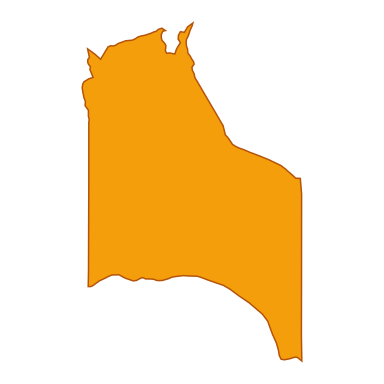 Santana do Cariri, Ceará, Brazil
{"feature_id": "56859067B7744611299719", "entity_name": "Santana do Cariri", "entity_type": "district", "adm_level": 2, "iso_a3": "BRA", "parent_name": "Brazil", "parent_adm1": "Ceará", "projection": "robinson", "projection_center": [-39.766, -7.226], "detail": "fine", "context": "isolated", "style": "filled", "palette": "amber", "viewbox_px": 384, "rotation_deg": 0, "n_neighbors": 0, "source": "geoboundaries", "source_scale": "gbopen_adm2", "svg_char_len": 2017}
<svg xmlns="http://www.w3.org/2000/svg" viewBox="0 0 384 384"><path d="M88.2,286.6L90.8,286.6L92.9,285.6L99.3,280.9L105.3,278.1L107.3,277.0L111.8,275.0L116.5,274.9L118.9,274.7L125.0,278.1L133.3,280.9L136.6,280.4L140.8,278.1L143.0,277.7L145.5,278.9L150.6,279.0L153.7,279.2L156.5,280.4L158.6,280.6L162.3,280.5L168.7,278.6L171.8,277.2L175.9,276.5L183.5,275.6L188.9,276.0L197.3,276.2L201.4,277.5L207.6,279.9L216.5,283.0L223.3,285.3L229.7,289.0L239.0,295.9L249.0,302.7L262.4,314.1L267.8,321.3L269.1,325.1L272.4,334.1L273.4,336.3L276.4,343.0L278.4,350.1L279.3,355.6L281.1,359.2L284.3,359.8L290.0,358.7L295.0,357.1L297.4,357.4L301.8,361.0L301.4,335.5L301.5,289.7L301.6,194.0L300.3,178.4L295.7,178.2L292.6,175.3L287.5,170.9L285.6,169.1L283.4,167.5L281.2,165.7L279.0,164.6L271.6,161.1L268.8,159.7L265.0,158.2L262.8,157.3L260.0,156.1L256.7,154.9L253.7,153.7L250.3,152.5L246.8,151.0L244.1,149.8L241.8,149.0L239.0,148.0L235.8,146.5L232.4,144.3L230.6,141.5L228.9,139.1L227.4,137.0L225.4,135.0L223.1,125.7L220.0,120.5L216.8,114.9L202.6,90.7L198.7,84.0L196.8,80.7L195.0,77.9L194.1,73.8L192.3,70.1L192.0,67.2L194.1,64.1L193.5,61.6L191.9,59.3L189.9,55.6L187.9,53.2L187.5,48.9L186.5,46.3L186.2,43.1L186.4,39.4L188.0,36.5L188.9,34.0L190.1,30.2L191.9,26.4L192.9,23.0L187.7,26.8L184.4,32.3L180.4,31.7L178.4,35.4L178.2,39.2L180.4,42.7L177.6,47.1L176.4,49.4L174.8,54.0L169.3,52.9L166.7,53.3L165.4,50.9L165.9,45.5L164.5,43.1L161.9,40.2L161.2,36.9L161.4,34.4L162.8,31.2L165.4,30.6L161.9,28.2L158.5,29.3L156.0,31.4L153.9,31.9L150.9,33.3L147.8,34.3L144.4,35.4L141.5,35.9L138.1,36.9L135.5,38.7L132.2,40.2L128.5,40.5L125.6,40.8L121.3,42.4L117.9,43.6L116.1,45.0L113.5,46.0L110.5,45.8L108.0,46.9L100.6,59.3L94.8,54.1L87.6,48.9L88.6,53.8L89.4,57.4L87.8,59.6L87.7,62.2L88.6,64.6L90.4,66.5L89.9,69.5L93.1,77.4L88.8,78.8L84.0,81.8L82.7,84.2L82.2,87.8L82.9,92.4L84.0,97.8L85.4,101.4L85.1,105.7L86.7,107.9L88.4,110.3L88.4,116.2L89.2,119.7L88.8,122.2L88.8,151.5L88.8,181.6L88.5,270.8L88.2,286.6Z" fill="#f59e0b" stroke="#b45309" stroke-width="1.5"/></svg>